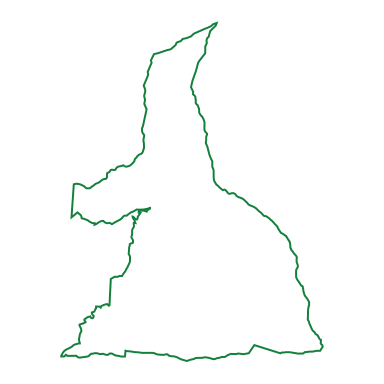 Vazquez de Coronado, San José, Costa Rica
{"feature_id": "36466004B47934258203273", "entity_name": "Vazquez de Coronado", "entity_type": "district", "adm_level": 2, "iso_a3": "CRI", "parent_name": "Costa Rica", "parent_adm1": "San José", "projection": "orthographic", "projection_center": [-83.961, 10.077], "detail": "fine", "context": "isolated", "style": "outline", "palette": "green", "viewbox_px": 384, "rotation_deg": 0, "n_neighbors": 0, "source": "geoboundaries", "source_scale": "gbopen_adm2", "svg_char_len": 5983}
<svg xmlns="http://www.w3.org/2000/svg" viewBox="0 0 384 384"><path d="M191.0,87.2L192.5,80.7L196.0,70.8L198.2,62.6L199.8,60.2L205.2,53.3L205.3,46.3L206.8,43.2L206.5,40.2L207.2,38.1L208.6,37.0L210.2,31.1L215.8,25.5L216.7,23.0L213.2,24.2L211.1,26.1L207.8,27.7L204.6,28.9L193.8,33.7L191.0,36.4L186.6,38.1L182.6,39.0L180.9,41.0L176.6,42.6L175.6,45.1L170.7,49.3L166.9,50.2L157.6,53.3L154.0,54.1L150.9,60.5L151.6,62.7L147.7,71.9L148.2,74.9L143.7,85.7L144.7,88.1L145.3,90.2L145.1,92.3L144.2,95.5L144.3,97.1L145.1,99.4L144.3,103.9L146.6,109.3L142.9,126.3L142.0,128.2L142.0,130.7L142.3,132.1L143.0,133.6L143.3,134.0L143.5,134.0L144.2,135.2L144.0,137.1L143.5,139.2L143.5,141.7L143.9,143.1L144.0,147.7L143.8,148.9L143.3,149.7L143.1,151.2L142.1,153.1L141.0,153.9L138.9,154.8L137.3,156.2L136.6,157.4L135.1,158.8L134.6,159.9L134.4,161.1L134.0,161.7L132.1,163.8L129.9,165.6L129.2,166.0L128.0,166.3L127.0,166.6L125.5,166.6L124.4,166.1L123.6,165.4L123.0,165.3L122.4,165.7L118.0,166.7L116.7,167.6L115.6,169.3L114.9,170.0L111.6,169.7L110.7,170.0L110.1,171.2L109.4,171.9L108.8,172.4L107.2,173.1L107.0,174.7L107.0,177.0L106.6,178.0L105.9,178.9L104.5,179.0L102.8,179.5L101.1,180.7L99.1,182.4L95.5,183.9L94.0,185.2L91.2,187.1L90.5,187.9L89.3,188.3L87.0,188.3L86.1,188.1L85.3,187.5L84.7,186.7L83.3,185.8L80.1,184.3L76.6,183.7L73.8,184.3L71.5,217.4L77.5,212.4L80.6,215.0L81.0,215.5L81.4,216.6L81.7,218.3L83.7,218.7L87.6,220.2L89.0,221.3L92.3,223.1L94.2,223.1L94.9,223.3L94.9,223.6L94.6,224.7L95.8,224.3L99.5,221.9L101.8,220.9L103.4,221.0L104.8,222.3L106.3,223.1L108.2,223.1L110.0,222.9L111.9,224.2L115.6,221.9L119.7,219.9L122.0,218.1L123.0,216.7L124.1,215.9L124.4,215.7L126.0,215.7L127.0,215.5L128.0,214.5L131.1,212.3L133.9,211.2L136.7,209.5L139.0,209.7L143.8,209.5L147.4,208.8L149.0,208.3L149.7,207.9L150.0,207.9L150.0,208.6L149.2,208.9L148.4,209.8L147.2,210.0L146.7,211.6L143.5,210.6L141.1,210.7L138.9,211.4L138.6,211.9L138.7,212.7L140.4,213.0L138.0,216.5L137.7,217.1L137.5,218.7L136.9,219.5L135.5,219.2L133.3,216.8L132.6,216.6L132.8,217.7L134.3,220.1L135.4,223.0L134.2,222.7L133.7,223.1L133.9,225.4L133.9,226.8L132.5,229.1L132.1,230.3L132.2,233.8L131.4,237.0L131.6,237.9L133.0,240.2L133.0,242.2L132.7,243.0L130.7,243.5L129.8,244.1L129.7,245.8L129.2,247.1L128.7,254.2L129.7,255.5L130.0,257.0L130.0,260.8L129.7,262.4L127.3,267.6L126.2,269.3L125.3,271.3L124.0,272.9L122.0,276.0L119.2,276.0L117.9,276.8L114.5,276.8L110.8,279.0L109.5,305.2L109.2,305.7L108.8,305.7L107.2,304.1L105.9,304.3L103.6,305.0L101.5,306.1L101.7,305.9L101.5,306.0L101.1,306.5L100.7,307.6L99.5,306.6L96.1,306.5L96.0,308.5L95.3,309.2L94.3,311.6L93.3,312.1L92.0,312.3L91.8,312.6L92.0,313.7L92.4,314.6L93.7,315.9L93.4,317.3L93.0,317.9L92.5,318.2L91.8,318.2L91.2,317.9L90.7,317.4L90.2,316.4L87.5,317.2L85.6,318.6L84.7,319.1L84.4,319.5L84.4,320.3L85.6,322.0L85.5,322.3L83.6,323.1L83.6,323.3L79.8,324.4L79.4,324.9L79.6,325.7L80.8,328.1L81.3,329.7L81.3,331.4L80.3,333.2L79.9,334.2L79.3,337.8L79.0,338.5L79.0,339.9L79.8,343.4L78.4,343.5L74.6,344.6L73.6,345.1L71.2,347.2L69.7,347.8L68.4,348.6L67.1,349.1L64.8,350.5L63.2,352.2L61.6,355.0L61.3,355.9L61.3,356.5L64.4,356.4L65.8,354.8L66.7,355.3L67.3,355.9L76.3,355.8L77.9,357.2L78.7,357.5L79.9,357.6L87.7,356.5L89.0,355.8L90.4,354.3L91.5,353.7L93.1,353.7L94.5,353.2L96.8,353.2L99.9,354.1L103.1,353.8L104.7,354.4L106.5,354.9L107.7,354.9L108.6,354.4L109.4,353.7L109.9,353.5L111.8,353.5L115.3,355.4L119.1,356.0L121.5,356.6L125.0,356.5L125.5,350.7L125.8,350.7L126.9,351.1L131.1,351.5L135.1,352.2L138.2,352.3L142.4,352.9L153.0,352.9L154.8,353.4L157.1,354.4L158.8,354.6L163.6,354.9L165.6,354.4L167.4,354.3L169.2,355.8L171.8,356.3L173.7,356.3L176.5,357.0L181.0,359.3L186.8,361.0L190.5,359.7L193.9,359.0L195.2,358.2L197.2,357.9L201.8,357.9L204.5,357.3L205.7,357.3L209.1,357.9L213.1,359.1L214.7,359.1L216.9,358.2L219.3,357.8L222.0,356.9L223.4,357.1L225.0,356.9L227.8,355.1L230.8,353.9L236.5,354.1L238.0,353.5L243.5,354.2L248.8,353.2L254.3,345.1L280.4,353.3L281.5,352.6L283.8,352.5L285.7,352.2L289.8,352.2L298.0,353.6L303.2,353.5L304.7,352.2L310.0,351.6L312.6,351.6L316.8,350.8L320.1,350.8L322.7,346.8L322.3,345.0L321.4,344.4L320.7,343.3L321.0,340.5L320.9,339.8L320.2,339.6L319.5,338.9L318.9,337.6L318.4,337.0L318.4,336.6L317.9,336.0L317.6,335.2L315.5,334.0L314.6,332.2L312.7,330.6L311.8,329.0L309.2,323.0L309.0,321.9L307.8,319.5L308.1,309.4L308.4,308.2L308.4,307.2L308.7,306.7L308.7,306.0L309.1,305.5L309.1,302.2L308.4,300.6L307.4,299.0L305.0,295.8L304.3,294.3L303.3,290.7L303.3,289.7L302.6,286.3L302.0,285.8L301.7,285.8L301.1,285.5L300.8,285.0L299.5,282.9L299.3,282.3L299.0,282.2L298.0,280.6L297.7,280.4L296.4,277.9L296.1,276.5L296.1,270.6L296.4,269.4L297.7,267.3L297.9,266.7L297.7,264.9L296.6,261.9L296.6,258.9L296.9,257.4L296.2,255.9L293.8,253.2L292.3,251.0L291.5,250.2L291.0,249.4L291.0,248.7L290.6,248.2L290.3,246.9L290.3,244.7L289.8,242.2L289.5,241.4L289.2,241.3L288.9,240.4L288.2,239.7L286.8,237.1L286.5,237.0L286.1,235.9L284.9,235.4L284.2,234.7L280.8,232.7L277.8,228.0L277.6,227.0L276.0,225.1L274.8,224.0L273.7,222.6L272.8,221.8L272.1,220.9L270.5,219.7L269.4,218.5L267.1,216.8L266.1,216.2L264.3,216.0L263.5,215.5L261.0,212.7L259.1,211.3L255.9,208.2L253.7,206.8L249.5,205.1L248.4,204.4L247.1,202.7L243.5,199.3L241.7,198.2L241.3,198.2L241.1,198.0L238.8,197.2L237.5,196.6L236.2,195.6L235.4,194.2L234.8,193.8L233.2,193.1L232.1,193.1L229.9,193.8L229.1,193.8L228.2,193.3L227.7,192.8L227.3,192.1L225.4,190.0L224.9,189.7L224.0,189.7L223.0,190.2L222.4,189.9L219.6,187.5L218.2,186.0L216.4,184.6L214.7,181.8L214.2,180.8L213.7,178.2L213.6,170.4L213.3,169.2L212.3,166.8L212.3,161.2L211.2,159.2L209.5,155.0L207.2,146.1L205.9,143.5L205.9,141.6L206.2,139.9L206.2,137.1L206.4,136.1L207.0,134.7L207.0,133.8L206.7,133.3L205.5,132.0L204.4,130.0L204.5,122.1L203.4,118.9L202.5,117.5L202.5,117.1L200.7,115.2L199.3,113.0L199.0,108.5L198.3,107.2L197.9,105.5L196.5,104.2L196.0,103.5L195.7,102.6L195.8,99.4L195.4,98.7L195.4,96.9L194.7,95.7L193.0,94.3L193.2,91.9L191.0,87.2Z" fill="none" stroke="#15803d" stroke-width="2"/></svg>